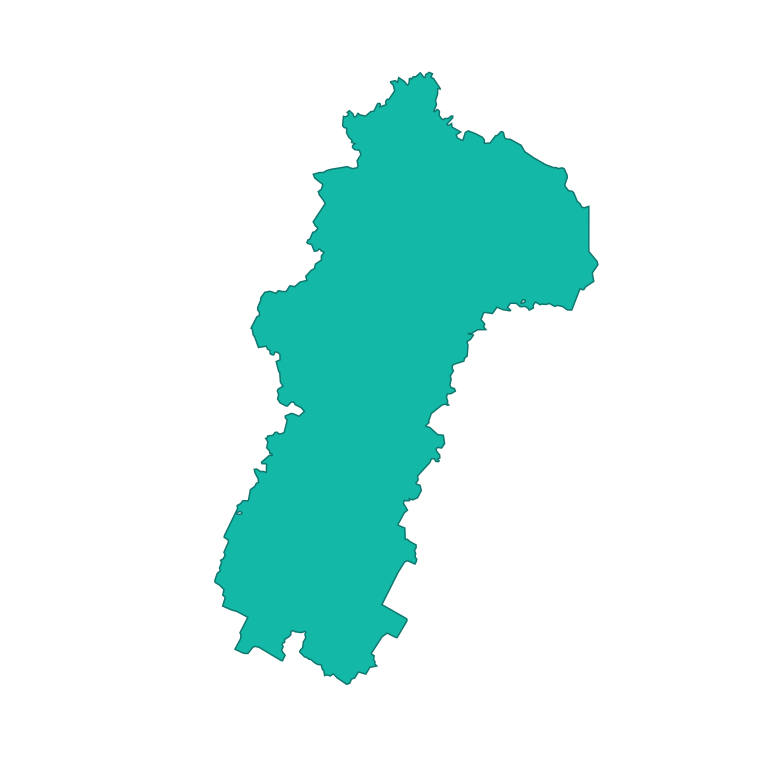 SVG path tracing the border of Vologda, rotated 114°
{"feature_id": "RUS-2359", "entity_name": "Vologda", "entity_type": "Region", "adm_level": 1, "iso_a3": "RUS", "parent_name": "Russia", "parent_adm1": "", "projection": "orthographic", "projection_center": [40.382, 60.042], "detail": "fine", "context": "isolated", "style": "filled", "palette": "teal", "viewbox_px": 768, "rotation_deg": 114, "n_neighbors": 0, "source": "natural_earth", "source_scale": "10m", "svg_char_len": 6140}
<svg xmlns="http://www.w3.org/2000/svg" viewBox="0 0 768 768"><g transform="rotate(114 384 384)"><path d="M240.1,242.6L241.7,246.7L240.6,252.2L241.5,257.2L243.7,259.7L243.1,265.6L245.4,268.3L246.8,272.4L248.1,273.5L247.5,278.9L251.0,279.8L253.8,278.4L257.4,281.4L256.2,283.4L255.7,286.5L258.0,291.1L256.5,295.9L258.7,301.3L263.7,302.4L265.1,298.4L265.9,298.6L267.8,306.0L267.8,312.0L275.5,313.6L277.5,320.8L278.8,322.0L285.9,321.5L287.8,317.2L288.7,316.2L291.2,316.4L292.9,313.1L296.3,320.5L302.7,325.0L303.6,328.1L303.9,326.2L302.7,323.4L303.0,322.2L308.3,323.2L311.6,325.5L314.3,323.1L324.7,319.4L327.4,320.8L330.7,320.4L337.8,328.4L339.6,328.9L342.0,328.1L343.7,325.9L349.7,326.7L352.3,324.6L358.4,323.3L360.0,321.0L359.5,317.8L361.5,315.9L365.5,318.8L367.4,322.1L371.1,321.4L373.4,319.1L375.8,318.2L376.9,316.4L377.6,317.6L377.5,319.9L379.5,322.4L391.8,328.8L399.8,328.1L400.9,327.2L405.2,329.0L405.6,328.3L405.1,324.4L408.2,315.0L408.2,313.4L406.7,309.2L407.3,308.5L413.8,304.4L418.6,305.2L419.2,305.6L420.1,309.3L422.5,310.0L424.2,308.2L426.2,304.3L428.8,302.9L430.9,304.3L431.9,302.3L432.8,302.8L433.7,305.3L431.7,307.5L433.2,310.3L436.8,310.1L454.4,316.0L457.7,313.8L461.7,314.5L462.2,313.1L461.9,309.8L466.1,306.6L474.2,307.1L478.1,310.5L478.5,314.3L480.1,313.2L481.8,316.3L482.0,318.2L485.2,317.7L489.7,311.2L493.4,313.1L506.8,314.1L507.3,313.0L507.1,306.4L517.3,301.4L516.4,299.4L517.4,296.4L518.0,289.2L520.7,288.0L523.4,288.6L525.9,286.2L529.4,285.3L530.6,282.9L533.1,282.3L535.9,282.5L535.9,290.7L538.3,292.8L550.1,294.5L586.4,296.2L589.2,268.4L589.6,267.3L591.2,266.7L610.4,268.9L610.7,270.1L610.3,279.8L615.8,283.0L635.1,286.0L635.9,285.2L636.3,282.4L640.0,281.4L641.2,279.4L643.4,278.6L644.6,275.9L648.6,281.7L656.4,282.6L657.3,289.3L657.9,290.3L664.4,291.2L666.9,293.7L671.4,293.6L673.5,296.1L671.6,306.9L669.4,312.5L672.5,314.2L673.0,317.9L674.5,319.6L670.7,322.2L669.7,324.3L666.2,327.1L667.2,330.7L666.8,334.3L665.4,338.8L665.9,340.6L665.2,343.6L665.6,345.5L663.3,351.7L662.3,352.4L657.8,351.1L652.3,352.8L647.9,352.2L644.6,354.5L642.6,354.3L642.2,355.6L644.8,358.5L646.5,364.6L646.2,366.5L646.8,367.3L648.2,368.1L651.1,367.2L653.1,367.8L657.8,370.9L660.4,369.7L661.9,371.1L663.4,371.1L665.1,369.2L668.9,369.4L672.1,364.0L678.2,364.2L678.4,365.9L675.4,390.9L676.0,394.8L677.7,396.7L685.4,398.7L686.7,401.3L687.1,403.9L686.9,412.3L675.1,411.4L671.8,412.4L669.7,414.4L652.5,413.5L651.6,426.5L652.4,430.8L652.5,441.1L643.5,442.2L642.4,445.4L636.9,446.6L634.6,452.4L634.0,457.5L632.4,458.6L624.8,459.3L621.2,457.6L618.9,459.5L613.1,459.8L611.5,461.6L609.4,459.9L605.2,459.4L602.8,461.8L591.8,461.8L589.8,463.0L589.1,467.7L587.3,468.1L557.5,467.1L554.7,468.7L551.7,466.4L547.9,465.4L546.4,461.2L545.0,460.6L534.8,463.1L530.0,460.3L526.6,460.2L525.0,458.6L521.7,460.5L517.5,465.8L514.8,467.8L513.5,465.9L514.2,460.8L513.1,459.2L512.6,455.6L505.3,458.5L505.0,459.9L506.4,463.0L505.3,464.1L496.0,459.8L494.7,457.1L494.0,457.1L493.5,458.6L493.9,459.9L491.6,461.5L490.0,465.2L484.0,466.6L481.8,469.9L481.1,468.7L479.0,469.2L476.0,464.7L472.5,463.8L471.5,462.0L472.3,459.9L471.4,457.7L468.8,455.5L456.3,457.7L455.0,460.4L453.4,461.2L448.6,456.8L448.1,454.5L448.0,448.4L441.4,445.6L439.3,450.0L439.0,456.7L437.3,458.9L438.1,461.3L443.4,463.3L443.9,464.6L443.5,471.3L441.0,475.1L436.4,476.0L433.6,478.7L431.3,478.4L427.1,475.4L424.4,479.4L416.3,483.7L415.1,485.5L407.4,491.6L404.2,488.8L399.3,491.1L398.4,493.8L398.9,496.6L402.4,496.6L402.9,499.3L402.4,500.5L399.7,501.9L399.5,504.5L397.3,506.9L401.7,513.5L393.8,521.1L392.3,523.5L387.3,526.8L387.1,528.2L374.5,527.5L372.0,525.7L369.0,527.2L367.7,529.5L365.5,530.5L357.4,530.7L355.3,531.6L348.7,530.2L345.7,526.0L345.1,519.6L341.7,518.5L340.7,514.0L339.2,510.9L332.7,510.0L331.2,505.0L325.0,502.2L320.7,496.5L317.4,499.3L309.6,496.7L306.8,494.5L302.4,495.4L296.2,491.6L292.6,493.3L288.2,492.3L287.9,493.0L288.0,495.4L286.9,497.1L287.0,498.0L289.5,499.2L291.1,501.6L286.0,506.8L286.6,510.5L286.2,512.0L283.0,512.0L282.0,510.6L274.5,510.8L273.0,509.0L269.1,507.8L268.4,507.9L267.4,511.1L264.6,514.7L243.2,511.1L240.9,513.9L237.5,520.0L235.0,522.3L231.7,520.4L226.6,521.0L224.1,530.9L221.2,533.9L217.1,529.0L215.2,525.1L212.6,523.5L209.3,519.5L200.4,506.0L200.1,500.6L197.6,496.7L195.3,496.4L190.9,499.4L183.9,498.4L180.5,501.5L181.8,506.2L180.8,508.9L179.0,509.7L176.2,508.3L176.5,511.9L174.4,512.3L172.8,516.7L169.7,520.4L165.8,521.9L165.5,522.4L166.0,524.6L164.9,526.8L156.0,529.9L155.8,528.2L153.6,526.1L151.8,526.1L150.9,528.1L148.4,526.8L149.8,522.4L152.1,520.2L151.3,518.5L147.3,517.8L147.9,515.3L146.8,509.8L140.4,506.8L139.0,504.2L130.5,503.9L129.5,502.4L129.7,501.2L132.5,500.5L128.0,495.6L125.7,497.2L123.6,497.2L122.5,496.8L122.1,495.3L111.9,493.5L107.3,497.0L105.8,500.7L105.1,500.8L102.3,497.1L102.8,494.3L98.1,495.2L99.4,488.1L101.2,485.0L101.2,484.0L99.3,483.4L94.7,485.0L94.0,484.3L94.2,482.6L91.6,482.4L90.5,480.0L84.9,477.4L87.7,472.3L87.5,471.3L84.2,471.6L80.9,469.4L80.9,465.9L84.5,466.0L84.9,462.8L91.2,452.9L91.8,452.7L91.9,454.6L92.6,455.1L97.2,453.0L104.3,452.2L107.6,449.6L114.4,449.6L114.6,448.4L111.7,447.2L111.6,445.6L112.8,444.0L116.0,443.0L118.2,439.5L118.5,437.6L116.7,436.3L115.3,433.4L111.9,431.6L111.3,430.1L113.0,429.5L120.8,432.2L121.6,431.1L121.5,430.2L118.6,428.2L121.6,426.3L122.6,416.4L126.9,419.4L129.3,417.2L129.7,412.9L129.2,411.1L121.2,412.0L118.5,410.1L118.1,401.9L118.6,394.4L120.2,391.7L123.3,390.1L120.7,385.1L111.9,383.1L110.7,381.5L105.9,379.8L105.4,378.5L105.8,377.1L110.0,374.0L110.4,371.5L109.1,368.1L110.2,355.7L114.5,349.9L116.5,339.2L117.9,325.8L117.5,318.7L117.2,316.3L116.3,315.1L116.2,312.1L114.1,309.3L114.0,307.0L118.5,301.9L120.9,300.5L128.4,299.9L130.0,298.5L132.4,293.9L131.4,290.7L132.0,288.6L138.6,281.7L139.4,278.6L142.0,275.2L141.6,272.8L138.4,269.1L179.6,250.8L185.3,239.3L188.0,237.1L197.9,238.9L204.9,234.1L213.1,239.3L216.5,239.9L217.0,240.6L217.3,243.7L240.1,242.6ZM253.8,292.2L254.5,291.4L252.9,289.4L250.8,288.5L249.9,289.2L250.4,291.3L253.8,292.2ZM561.9,466.4L562.6,465.9L562.5,464.5L560.9,461.5L559.7,461.1L559.0,462.2L559.0,463.9L561.9,466.4Z" fill="#14b8a6" stroke="#0f766e" stroke-width="1.5"/></g></svg>